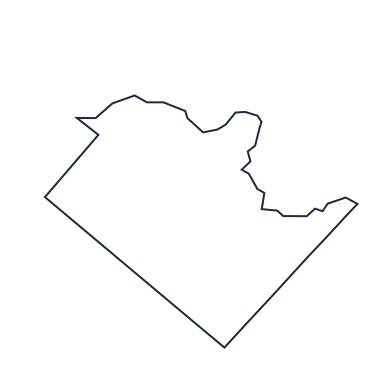 the district of Brooks, Georgia, United States of America, rotated 309°
{"feature_id": "52423323B17696390858849", "entity_name": "Brooks", "entity_type": "district", "adm_level": 2, "iso_a3": "USA", "parent_name": "United States of America", "parent_adm1": "Georgia", "projection": "natural_earth1", "projection_center": [-83.482, 30.858], "detail": "fine", "context": "isolated", "style": "outline", "palette": "slate", "viewbox_px": 384, "rotation_deg": 309, "n_neighbors": 0, "source": "geoboundaries", "source_scale": "gbopen_adm2", "svg_char_len": 730}
<svg xmlns="http://www.w3.org/2000/svg" viewBox="0 0 384 384"><g transform="rotate(309 192 192)"><path d="M91.5,315.1L125.4,317.2L126.8,317.3L158.3,319.5L214.9,322.9L240.7,324.9L245.2,325.2L250.5,325.5L270.5,326.8L275.9,327.2L286.9,328.1L284.4,314.9L268.4,304.8L259.2,305.5L256.5,298.1L245.4,296.4L230.7,278.0L231.2,270.0L222.6,257.0L236.8,248.8L235.5,240.9L242.0,224.6L240.6,216.6L252.6,218.1L258.6,209.8L267.7,211.9L283.4,204.6L290.3,201.8L292.5,195.0L287.8,183.1L281.1,175.8L265.8,175.8L256.6,172.5L245.3,163.1L246.5,142.0L250.7,135.8L243.7,113.4L233.3,100.5L230.9,86.6L227.2,84.4L210.8,74.4L188.8,70.6L177.1,55.9L177.5,83.3L95.5,80.9L93.1,216.4L92.3,263.4L91.5,315.1Z" fill="none" stroke="#1e293b" stroke-width="2"/></g></svg>